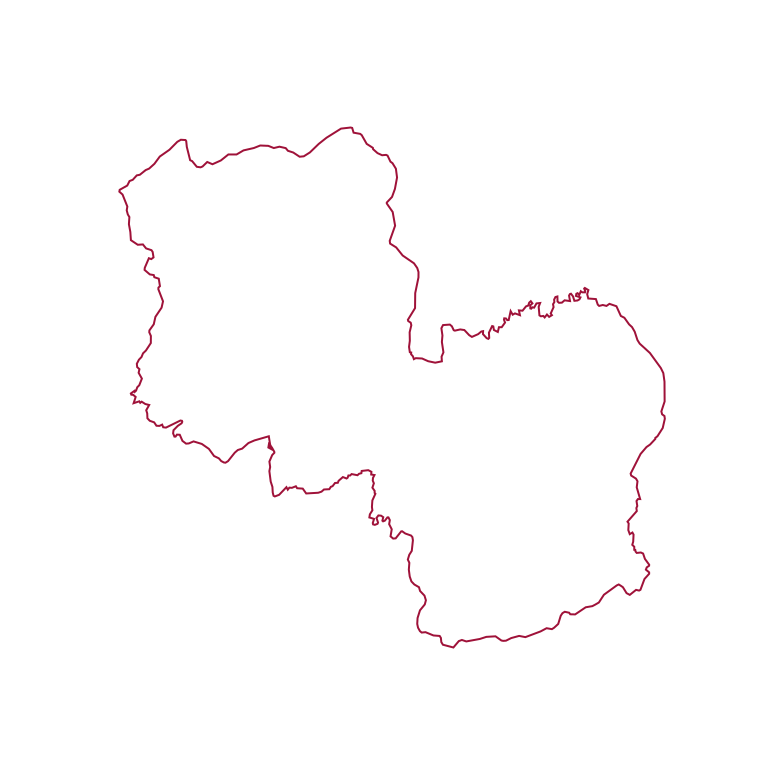 outline of El Peñón, Santander, Colombia, rotated 191°
{"feature_id": "7082276B75718828984625", "entity_name": "El Peñón", "entity_type": "district", "adm_level": 2, "iso_a3": "COL", "parent_name": "Colombia", "parent_adm1": "Santander", "projection": "equal_earth", "projection_center": [-73.929, 6.097], "detail": "fine", "context": "isolated", "style": "outline", "palette": "rose", "viewbox_px": 768, "rotation_deg": 191, "n_neighbors": 0, "source": "geoboundaries", "source_scale": "gbopen_adm2", "svg_char_len": 6140}
<svg xmlns="http://www.w3.org/2000/svg" viewBox="0 0 768 768"><g transform="rotate(191 384 384)"><path d="M93.0,230.9L91.1,242.3L87.5,248.3L87.8,249.7L91.5,251.7L91.1,254.1L89.1,256.2L89.2,257.2L94.5,262.1L97.3,267.0L99.7,267.6L103.7,266.4L105.1,267.5L105.7,269.1L106.7,269.0L107.3,272.0L109.6,273.5L109.3,276.8L110.3,283.8L111.8,285.6L114.1,283.5L116.3,287.2L117.2,293.8L118.7,295.3L111.6,307.5L112.6,310.4L112.1,312.6L113.8,317.3L112.8,319.5L110.6,319.9L116.2,330.8L116.6,336.9L118.6,339.2L123.9,341.3L124.8,343.1L118.8,364.3L114.3,372.2L111.3,375.3L107.2,381.8L107.4,382.8L105.6,384.9L102.0,394.0L101.7,403.5L102.6,406.1L105.2,407.3L106.5,410.0L105.2,420.4L109.1,439.8L111.9,448.0L115.3,452.5L128.9,465.2L140.7,472.4L143.6,475.5L147.9,483.2L151.4,487.2L154.8,489.3L160.7,494.9L164.5,496.0L170.7,504.7L178.0,505.7L180.5,503.1L184.3,503.3L187.7,501.7L189.3,502.7L192.2,507.8L199.8,506.9L201.7,511.0L201.3,515.2L205.2,516.6L205.7,515.9L204.2,513.5L204.2,512.3L206.9,511.8L208.5,512.6L209.3,508.7L211.3,510.1L212.4,509.3L212.4,507.1L207.7,506.5L208.3,504.4L210.0,502.9L213.0,502.0L215.2,506.1L217.7,508.3L218.7,507.7L219.2,506.1L217.2,500.9L222.7,500.6L224.9,497.8L227.7,497.1L229.4,498.1L230.5,503.0L232.3,502.1L233.1,499.3L232.4,496.9L233.3,494.6L232.2,491.8L233.8,485.0L232.3,483.6L234.7,481.4L237.3,483.3L239.0,480.0L240.6,481.2L242.9,480.4L244.5,481.0L246.9,489.3L246.2,493.3L249.7,492.2L251.2,487.6L252.9,487.6L253.9,486.0L254.8,486.1L255.4,489.2L253.7,491.5L255.7,493.3L257.0,491.6L257.4,488.5L259.4,487.3L262.0,482.4L265.6,482.0L263.7,477.5L268.9,478.3L270.9,476.6L273.6,479.7L273.8,470.6L275.2,470.2L276.8,471.6L278.5,471.4L278.5,470.0L276.9,467.4L279.3,462.2L282.0,461.7L282.2,456.8L286.4,458.0L287.7,461.4L288.9,461.5L290.8,454.4L289.5,449.3L290.2,448.2L292.0,448.6L296.4,451.9L296.8,454.8L298.5,454.1L301.1,450.9L306.7,447.0L309.7,448.2L315.4,452.3L319.6,452.1L324.6,449.9L325.8,450.1L328.4,453.6L330.7,454.9L337.3,453.1L338.3,449.7L335.9,442.8L335.2,436.3L331.7,426.4L332.7,421.8L331.5,417.3L337.8,414.7L345.0,414.8L351.5,416.3L357.8,415.4L359.4,414.1L360.9,416.7L363.1,418.4L363.3,420.1L364.7,420.1L366.5,425.2L366.9,431.4L368.7,439.7L368.4,446.9L369.5,449.3L372.2,450.4L372.8,451.6L368.0,464.4L370.7,479.2L370.5,495.2L371.5,500.5L373.5,504.2L377.6,508.2L390.2,513.7L398.1,520.4L404.8,523.0L405.7,525.6L403.3,541.5L408.3,554.5L415.7,561.7L415.9,562.7L411.8,569.2L410.5,577.6L410.6,589.2L413.4,597.6L417.8,602.4L420.1,603.5L424.1,608.9L425.7,609.3L429.5,608.2L434.4,609.4L439.5,612.4L440.0,613.7L446.8,616.4L453.4,624.1L455.1,625.0L461.8,624.9L464.1,629.3L465.7,629.4L474.9,626.5L487.4,614.8L493.9,607.2L500.9,597.2L506.2,592.2L510.2,591.0L517.2,593.9L522.8,594.6L525.5,596.8L531.9,597.0L537.2,594.6L543.0,595.7L551.0,594.5L556.8,590.8L566.5,586.5L572.5,581.2L580.6,579.6L586.8,572.3L594.3,567.0L599.9,568.2L603.6,562.9L605.4,561.7L609.2,561.5L614.9,566.2L617.0,566.7L622.8,579.1L624.5,584.7L625.4,585.6L630.0,585.0L633.1,582.3L639.3,573.0L647.5,564.5L651.4,556.3L655.7,550.6L658.8,548.5L663.6,542.8L666.5,541.6L669.6,536.5L672.5,534.7L673.9,529.8L680.5,524.2L680.5,522.3L676.8,520.1L669.8,509.2L669.7,505.4L667.8,501.5L665.8,499.3L664.9,492.2L662.0,484.8L659.9,476.9L652.3,473.7L647.3,475.0L643.4,471.7L637.8,471.0L636.3,469.5L634.4,464.3L636.3,462.2L638.8,462.6L641.0,452.4L640.8,450.3L634.8,446.9L630.8,447.0L629.8,445.0L625.2,444.4L622.6,437.3L623.8,435.6L623.6,434.0L616.7,423.0L616.9,416.5L621.2,406.3L621.4,398.7L624.5,391.9L624.3,390.0L622.0,386.7L620.7,379.7L624.1,371.4L626.4,368.1L627.2,364.2L629.2,361.1L630.5,356.7L629.5,353.5L626.9,351.9L627.0,348.2L622.7,343.1L624.0,336.1L625.6,333.7L626.1,330.2L627.1,328.8L627.6,329.7L630.7,326.4L630.0,325.3L628.1,325.5L625.3,323.9L626.1,317.4L620.9,320.3L619.7,319.0L618.5,320.4L614.5,318.8L610.5,318.6L612.4,312.9L610.8,309.9L609.7,305.2L606.9,303.2L602.3,302.5L599.4,299.6L596.5,300.0L594.0,301.8L592.5,299.4L589.7,299.6L576.9,309.3L575.3,309.3L574.8,308.4L575.2,306.8L578.4,303.6L581.8,298.5L581.6,295.3L579.7,292.4L578.6,292.6L577.6,294.8L574.8,295.2L571.0,289.7L566.9,287.7L564.3,288.4L560.0,291.3L551.4,290.4L543.5,286.9L537.1,280.9L531.9,279.5L529.1,277.3L526.2,276.4L524.6,276.5L522.4,278.5L517.4,288.1L514.9,291.3L510.9,293.5L505.8,300.2L500.4,303.9L487.1,310.7L484.2,302.7L482.5,300.6L484.6,301.3L484.8,300.6L484.9,303.4L485.5,303.6L485.4,299.6L481.3,298.3L481.1,299.3L478.8,296.6L478.5,295.6L480.2,292.9L481.7,286.0L479.9,280.8L479.9,276.6L476.6,266.6L473.9,261.7L472.5,256.2L471.1,253.2L469.7,252.8L465.8,255.2L460.1,264.1L458.3,261.9L457.1,264.2L454.6,264.5L451.0,266.8L449.4,265.1L443.8,265.8L439.5,261.7L427.8,264.7L424.8,266.4L422.8,269.0L417.6,270.3L416.6,272.9L415.0,273.9L413.2,277.5L410.5,278.2L410.1,280.3L406.6,284.8L402.7,284.1L401.8,285.1L401.5,287.4L399.8,287.7L398.6,289.4L392.6,289.4L391.4,291.1L389.2,292.1L389.3,294.4L383.0,296.4L379.6,295.4L379.3,292.7L376.0,292.8L376.9,289.7L376.6,287.0L375.0,284.6L375.6,280.0L372.8,277.3L372.4,275.3L371.5,274.6L373.2,267.5L372.4,261.0L371.3,257.8L373.0,253.4L372.9,250.2L368.0,249.7L368.5,245.4L367.9,244.1L366.1,244.0L363.7,245.5L363.4,246.8L365.8,251.1L364.4,253.9L361.8,254.2L359.3,253.1L359.5,249.5L358.7,249.0L357.1,250.0L355.2,253.7L354.2,253.9L352.3,251.5L352.2,247.4L348.7,242.9L348.5,235.7L345.5,234.0L343.1,234.7L339.0,242.6L338.1,242.9L334.6,241.3L328.5,240.4L326.9,239.1L325.8,236.1L324.9,225.5L326.6,221.2L327.1,216.2L325.0,213.3L324.2,206.5L322.0,199.9L319.4,195.4L316.0,193.0L310.9,191.2L309.1,187.7L303.9,184.0L301.6,179.7L301.9,175.4L305.5,168.7L306.4,160.7L305.6,154.8L304.1,151.3L301.6,148.3L299.6,147.2L295.9,148.3L287.5,146.6L281.3,147.3L279.7,145.6L278.5,141.6L276.4,139.3L265.6,138.6L261.5,145.9L258.7,147.6L254.1,147.0L241.3,152.0L235.3,155.3L226.4,157.6L219.8,154.6L218.0,154.6L215.3,155.3L210.6,158.9L203.3,162.5L196.9,162.5L183.1,171.0L177.8,175.3L172.4,175.4L170.6,177.1L167.2,181.7L166.3,190.2L165.1,193.1L163.1,194.9L158.6,194.8L157.2,193.5L152.4,194.3L143.4,203.3L137.1,205.7L134.6,207.7L131.4,210.5L127.9,219.1L117.1,230.7L115.3,232.0L112.7,231.0L110.7,230.1L106.0,225.0L102.5,223.9L97.3,230.0L94.2,229.9L93.0,230.9Z" fill="none" stroke="#9f1239" stroke-width="2"/></g></svg>